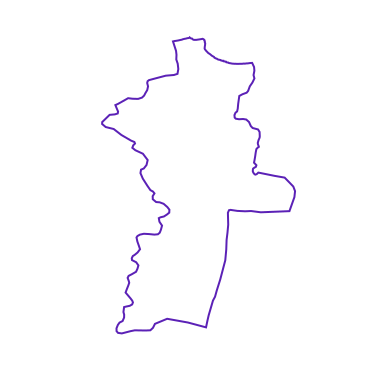 the district of Atlántida, Canelones, Uruguay, rotated 191°
{"feature_id": "84410073B77727536029585", "entity_name": "Atlántida", "entity_type": "district", "adm_level": 2, "iso_a3": "URY", "parent_name": "Uruguay", "parent_adm1": "Canelones", "projection": "robinson", "projection_center": [-55.769, -34.694], "detail": "fine", "context": "isolated", "style": "outline", "palette": "violet", "viewbox_px": 384, "rotation_deg": 191, "n_neighbors": 0, "source": "geoboundaries", "source_scale": "gbopen_adm2", "svg_char_len": 3759}
<svg xmlns="http://www.w3.org/2000/svg" viewBox="0 0 384 384"><g transform="rotate(191 192 192)"><path d="M157.6,330.2L159.1,329.8L160.1,329.5L161.2,329.1L162.1,328.8L163.1,328.6L164.2,328.2L165.0,328.0L165.5,328.0L166.7,327.6L167.7,327.3L168.7,327.1L169.8,326.9L170.9,326.6L172.0,326.4L172.7,326.3L173.7,326.2L174.5,326.0L175.4,325.9L176.2,325.8L177.0,325.7L177.8,325.7L178.8,325.7L179.4,325.7L180.0,325.6L180.6,325.7L181.2,326.0L181.8,325.9L183.1,325.9L183.4,326.4L184.8,326.4L185.5,326.3L186.2,326.4L186.3,326.8L187.7,326.6L188.8,326.7L189.1,327.0L189.9,327.0L191.3,327.0L192.0,327.1L193.1,327.6L193.6,327.6L194.5,327.8L195.2,328.0L195.7,328.2L195.9,328.5L196.2,328.8L197.7,329.3L198.3,329.5L198.8,329.7L199.4,330.1L199.8,330.3L200.3,330.6L201.7,331.2L202.3,331.4L202.7,331.6L203.2,332.0L203.8,332.4L204.2,332.7L204.7,333.0L205.1,333.3L205.4,333.6L205.8,333.9L206.2,334.3L206.6,334.6L207.0,335.3L207.1,335.9L207.1,336.6L207.2,337.3L207.2,337.9L207.2,338.4L207.2,338.9L207.3,339.4L207.4,339.8L207.4,340.5L208.1,341.6L208.1,342.2L208.4,342.6L208.8,343.1L208.7,343.4L209.3,343.9L210.0,344.2L210.8,344.4L212.0,343.9L213.6,343.3L215.3,342.7L217.0,342.1L219.1,341.7L220.2,341.9L220.8,342.2L221.2,342.6L222.0,342.6L222.5,342.6L223.2,342.9L223.8,343.3L224.0,342.9L224.7,342.5L225.9,342.1L227.5,341.3L228.4,341.0L230.3,340.1L231.0,339.6L232.7,338.9L234.5,338.1L236.9,337.2L237.6,337.0L239.4,336.2L234.6,327.5L233.4,323.7L232.7,319.1L230.5,315.2L228.9,310.1L228.8,305.2L232.1,303.4L239.9,301.2L248.0,297.3L255.6,293.6L256.7,292.3L256.8,290.5L255.3,287.3L255.4,283.5L256.6,280.2L257.4,277.5L259.1,275.1L262.7,273.1L268.2,272.2L272.6,271.9L274.8,270.0L281.4,264.4L283.8,262.7L282.5,260.7L279.9,256.8L279.9,254.9L282.5,253.5L287.6,252.0L293.5,243.5L293.2,241.6L289.1,239.3L280.9,238.9L272.2,234.5L261.6,230.8L258.1,230.1L257.2,228.7L258.6,226.6L259.0,224.0L255.6,222.2L247.5,220.2L241.6,214.9L241.8,209.8L243.8,205.9L246.3,204.2L246.2,200.7L242.8,195.7L237.0,189.6L233.2,185.9L230.4,185.0L228.6,183.5L229.8,180.4L229.1,177.4L225.3,175.3L221.8,175.7L217.6,175.0L213.3,172.5L210.8,170.3L210.4,167.4L212.3,165.1L214.9,162.6L218.0,161.2L219.6,160.0L218.3,156.6L215.0,153.3L215.3,149.1L215.9,145.9L217.4,144.0L220.8,143.0L226.2,142.5L231.3,141.8L235.0,140.2L237.1,138.4L237.8,136.8L236.2,133.0L233.9,129.1L232.1,125.9L233.9,122.2L236.3,119.3L237.9,117.8L238.5,115.5L237.9,113.7L233.4,112.4L230.6,109.7L230.9,106.3L231.7,103.0L235.5,99.7L238.2,97.6L238.8,95.4L237.1,92.6L236.3,90.9L236.7,88.0L237.5,83.8L238.0,80.6L232.0,75.8L229.9,73.9L228.9,72.3L229.3,70.2L231.4,68.4L234.5,67.1L236.7,66.1L236.4,61.1L235.2,58.7L234.7,55.8L235.5,52.1L238.2,50.0L239.4,47.4L240.1,43.8L239.5,41.0L237.7,39.6L233.9,39.8L225.7,43.7L221.8,45.3L211.1,47.2L206.5,48.3L204.4,51.2L203.2,55.5L192.2,62.8L171.1,63.1L152.4,61.8L152.3,68.5L152.1,74.2L150.7,89.4L149.4,93.6L148.9,100.0L147.6,111.4L146.3,131.3L147.4,142.1L148.9,151.6L149.4,158.7L150.2,166.8L152.8,178.5L152.2,181.2L150.8,181.8L143.9,182.1L136.2,183.2L130.4,184.6L120.6,185.2L92.7,191.8L90.5,206.5L91.0,212.5L93.6,216.7L98.6,220.2L103.8,223.8L114.1,223.6L128.6,223.7L130.6,223.7L131.7,222.1L132.9,221.2L133.9,221.3L135.3,222.5L136.2,223.7L136.5,225.3L136.5,226.6L135.4,227.8L134.1,228.9L133.9,230.6L135.3,231.6L136.7,232.6L136.7,235.2L136.8,239.3L137.0,243.0L137.0,246.4L136.0,248.0L135.0,249.1L135.6,250.2L136.3,251.3L136.8,252.7L136.6,255.5L136.0,258.2L136.1,259.6L137.1,263.8L139.1,266.0L144.7,266.4L146.8,267.9L149.4,271.6L152.6,273.5L155.8,273.4L159.7,272.4L163.0,272.3L164.3,273.2L165.0,275.6L164.4,278.2L163.1,279.7L163.0,282.5L163.5,287.5L163.9,295.3L161.1,297.6L157.3,299.9L156.2,301.9L155.4,306.8L153.6,310.9L152.4,315.4L153.9,318.5L153.9,322.9L154.9,326.5L157.6,330.2Z" fill="none" stroke="#5b21b6" stroke-width="2"/></g></svg>